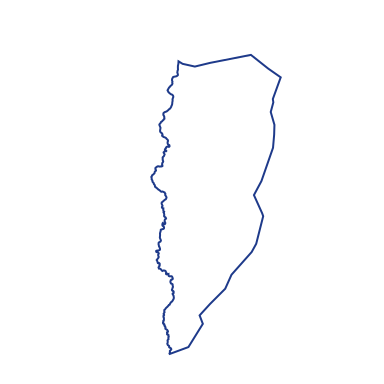 the district of Cagaannuur, Selenge, Mongolia, rotated 125°
{"feature_id": "93677404B10404624632937", "entity_name": "Cagaannuur", "entity_type": "district", "adm_level": 2, "iso_a3": "MNG", "parent_name": "Mongolia", "parent_adm1": "Selenge", "projection": "mercator", "projection_center": [105.5, 49.984], "detail": "fine", "context": "isolated", "style": "outline", "palette": "blue", "viewbox_px": 384, "rotation_deg": 125, "n_neighbors": 0, "source": "geoboundaries", "source_scale": "gbopen_adm2", "svg_char_len": 6090}
<svg xmlns="http://www.w3.org/2000/svg" viewBox="0 0 384 384"><g transform="rotate(125 192 192)"><path d="M112.2,272.2L112.8,271.3L113.8,270.9L114.4,270.2L115.2,270.0L115.9,270.0L117.7,270.5L118.2,270.4L119.5,270.7L122.6,270.4L122.8,270.3L123.0,269.9L123.1,269.5L123.6,268.9L123.6,268.4L123.8,267.9L123.9,267.4L124.0,265.3L123.7,264.3L123.7,263.6L124.0,262.7L124.5,262.1L125.2,261.7L126.5,261.4L127.3,261.1L127.7,260.7L128.8,260.0L129.6,259.7L131.1,258.8L132.0,258.4L133.3,258.2L134.1,257.9L136.2,257.8L137.5,258.3L138.5,258.4L140.6,259.0L142.1,260.1L143.4,260.6L144.0,260.5L145.3,259.7L145.7,258.7L146.5,257.6L147.1,257.3L147.5,256.9L147.8,256.6L148.5,256.8L149.4,256.7L149.8,256.9L150.2,257.0L151.1,257.0L151.7,257.2L152.4,257.5L152.8,257.5L153.7,257.3L154.8,257.5L155.7,257.3L157.5,254.6L159.4,253.7L160.1,253.3L160.8,252.7L161.1,251.9L161.2,250.0L161.3,249.9L162.1,248.9L162.7,249.0L163.1,248.7L163.0,248.1L163.3,247.0L163.0,246.2L162.7,244.8L162.7,244.2L163.0,243.4L163.2,241.9L163.7,241.1L164.0,240.9L165.2,240.6L165.4,240.4L166.2,239.8L166.6,239.2L166.8,238.8L166.8,238.4L166.6,237.5L166.9,237.1L167.5,236.6L168.0,236.6L168.2,236.8L168.4,237.0L168.6,237.8L169.6,238.7L170.7,238.7L171.3,238.4L171.5,238.5L171.8,238.7L173.0,238.4L173.1,238.0L173.1,237.6L173.0,236.9L173.1,236.6L173.3,236.6L173.5,236.6L173.8,236.9L174.0,237.2L174.2,237.7L175.8,238.0L176.1,237.7L176.7,236.3L176.9,236.0L178.8,235.6L180.2,235.9L180.9,235.7L181.8,234.8L182.5,234.5L183.3,233.3L183.5,233.1L184.4,232.9L184.7,233.0L185.1,233.0L186.3,232.5L186.5,232.2L187.0,232.0L187.5,231.2L187.8,231.1L188.0,231.2L188.3,231.6L189.0,232.0L189.1,232.4L189.3,232.8L189.9,233.3L190.0,233.6L190.2,234.3L190.6,234.8L191.2,235.0L191.5,235.3L193.2,235.7L193.5,235.7L194.1,235.0L194.4,234.9L194.8,234.0L195.1,233.8L195.5,233.8L195.7,234.0L196.7,234.1L197.1,234.0L197.9,233.6L198.1,233.5L200.0,233.8L200.8,234.2L201.8,234.1L202.3,233.9L202.9,234.0L203.1,233.9L203.6,233.1L204.8,232.3L205.1,231.4L205.3,231.1L205.7,230.6L206.2,230.3L206.4,229.9L206.7,228.4L207.4,227.7L207.5,227.1L207.8,226.3L208.9,225.3L208.8,224.8L209.0,224.0L208.9,223.6L209.0,222.8L209.1,222.4L209.2,221.1L209.3,220.9L209.2,220.3L209.2,219.3L209.4,218.0L209.4,217.3L208.5,216.4L208.3,215.5L208.3,215.2L208.2,214.8L208.1,214.1L208.5,213.5L208.8,212.7L209.4,212.5L209.9,212.2L210.2,211.4L210.6,210.4L211.3,209.6L213.0,209.3L213.6,209.6L213.9,209.8L217.0,210.5L217.9,210.8L218.5,210.5L219.0,210.2L220.2,208.2L220.5,208.1L221.4,208.1L222.0,207.7L222.1,207.4L222.1,207.1L221.9,206.5L221.8,206.1L222.5,205.9L222.8,205.4L223.2,205.2L224.0,204.5L224.1,203.5L224.5,203.4L225.1,203.5L225.4,202.8L226.2,202.0L226.9,201.4L227.6,201.2L227.8,201.0L227.9,200.8L228.0,200.2L228.0,198.9L228.7,198.0L229.9,198.4L230.5,198.3L231.7,197.7L231.8,197.6L231.8,197.4L232.5,196.3L232.8,196.0L233.4,195.8L234.1,195.9L234.5,196.2L234.6,196.4L234.5,196.7L234.4,196.8L234.1,197.6L234.1,198.1L234.4,198.1L235.4,197.8L236.3,197.1L236.5,196.6L236.7,195.0L237.3,194.4L237.7,194.2L238.1,194.1L238.7,194.3L240.5,195.8L240.9,195.9L241.7,195.4L244.0,194.6L244.4,194.4L245.5,193.5L247.9,192.1L248.4,191.4L249.4,189.8L249.7,189.6L250.6,189.4L251.6,189.8L252.0,190.1L252.7,190.2L253.9,189.5L254.2,189.2L254.5,188.8L255.6,187.7L255.7,187.1L256.3,186.4L256.7,185.8L257.3,185.3L257.7,185.2L258.1,185.2L259.4,186.2L259.9,186.9L260.5,187.4L261.0,187.5L261.5,186.9L261.5,186.6L261.1,185.4L261.0,184.9L261.1,184.5L261.2,184.2L261.5,183.9L262.7,183.8L263.1,183.5L263.5,183.2L264.3,182.0L265.1,181.8L268.0,181.9L268.4,181.0L269.2,180.0L269.8,179.2L269.7,178.9L269.6,178.6L269.3,178.7L269.1,178.4L269.1,177.8L269.3,177.3L269.6,177.0L270.7,176.7L270.8,176.3L271.0,176.2L272.9,176.2L273.7,175.2L273.2,174.3L273.1,173.7L273.2,173.1L273.5,172.0L273.7,171.0L273.4,170.8L272.4,170.1L272.0,169.1L271.9,168.6L271.9,168.4L272.3,167.9L272.5,167.3L272.7,167.0L273.0,166.8L273.8,166.5L274.0,166.3L274.1,166.1L274.1,165.7L273.8,165.4L273.0,165.0L273.0,164.4L272.7,164.2L273.9,163.3L274.1,162.9L274.0,162.1L272.9,160.7L272.7,160.2L272.9,159.5L273.8,158.2L274.4,157.9L274.6,157.9L275.4,158.5L275.8,158.4L276.3,158.8L276.5,158.8L277.8,158.3L278.1,158.1L278.9,156.9L279.0,156.6L278.9,156.3L278.7,155.7L278.7,155.1L279.0,154.7L279.4,154.5L280.5,153.3L281.1,153.0L281.5,153.0L282.9,152.5L283.6,152.4L284.0,151.9L284.1,151.2L283.9,150.9L283.9,150.4L284.3,149.7L285.5,149.1L286.1,149.6L286.3,149.6L286.6,149.5L286.8,149.2L287.3,148.1L287.7,147.4L288.0,147.2L288.7,146.5L289.2,146.1L289.7,145.9L290.4,145.7L293.1,145.5L293.9,145.9L294.6,145.9L295.5,146.0L297.2,145.7L297.8,146.2L298.5,146.1L299.6,146.3L300.3,146.3L300.7,146.5L302.4,146.8L303.6,146.7L304.5,147.0L305.7,146.3L306.1,145.6L306.4,145.5L307.8,145.5L308.0,145.4L308.5,144.5L308.9,144.2L309.5,144.2L309.6,144.4L310.1,144.2L310.9,143.5L310.9,143.2L311.1,143.0L311.8,142.4L312.6,141.9L312.9,141.6L313.3,141.5L314.0,141.6L314.5,141.1L315.1,141.1L315.7,140.8L316.2,140.3L316.2,140.2L316.0,139.7L316.4,139.4L316.3,139.0L316.3,138.7L316.6,138.4L316.9,138.4L317.1,137.6L317.7,137.3L317.8,136.4L318.1,136.0L318.8,135.8L319.3,135.3L319.2,133.3L319.5,132.5L319.9,131.8L320.2,131.6L320.7,131.6L321.3,132.0L322.2,131.2L322.8,130.9L322.9,130.5L322.5,129.9L322.6,129.3L322.7,129.1L323.5,128.8L323.8,128.1L324.3,127.9L325.0,127.8L325.3,127.6L325.8,127.0L326.1,126.8L327.1,127.0L327.6,126.9L328.0,126.6L328.3,126.2L329.6,125.4L330.5,125.2L331.3,123.9L331.2,122.9L331.3,122.4L331.6,122.1L332.0,121.9L332.3,121.6L332.3,120.9L332.1,120.0L332.2,119.5L332.6,118.8L333.3,118.7L334.8,119.0L335.4,118.6L336.2,117.8L336.6,117.9L336.8,117.6L338.1,117.8L321.1,106.0L293.8,107.5L288.7,115.0L273.3,113.0L252.2,109.3L237.1,112.2L207.0,108.7L197.6,109.7L171.0,119.8L169.2,122.3L159.0,139.5L143.2,141.4L109.3,151.0L97.9,157.6L89.7,163.0L81.3,173.4L71.9,176.8L69.5,179.1L47.2,185.1L47.2,200.4L45.9,222.4L75.7,251.1L87.6,261.6L92.4,273.2L92.7,278.0L94.8,276.7L96.7,275.9L98.2,274.9L99.9,273.6L100.9,273.4L102.2,272.7L102.5,272.6L103.2,271.7L103.9,270.9L104.4,270.6L105.1,270.7L106.2,271.2L108.2,273.1L108.7,273.4L110.5,273.2L111.1,273.0L112.2,272.2Z" fill="none" stroke="#1e3a8a" stroke-width="2"/></g></svg>